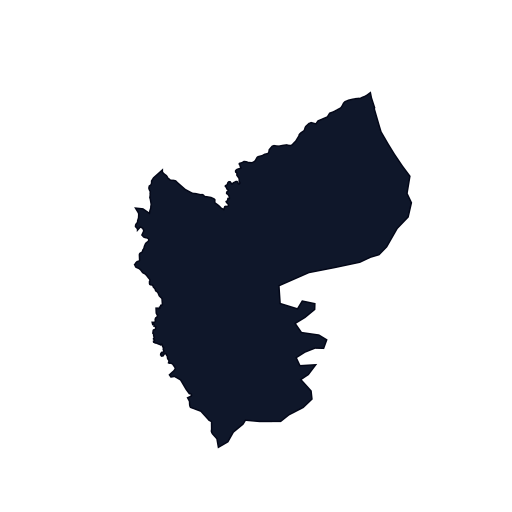 Effia Kwesimintsim Municipal, Western, Ghana (Mercator projection), rotated 20°
{"feature_id": "2480657B49181902253284", "entity_name": "Effia Kwesimintsim Municipal", "entity_type": "district", "adm_level": 2, "iso_a3": "GHA", "parent_name": "Ghana", "parent_adm1": "Western", "projection": "mercator", "projection_center": [-1.811, 4.965], "detail": "fine", "context": "isolated", "style": "filled", "palette": "ink", "viewbox_px": 512, "rotation_deg": 20, "n_neighbors": 0, "source": "geoboundaries", "source_scale": "gbopen_adm2", "svg_char_len": 6132}
<svg xmlns="http://www.w3.org/2000/svg" viewBox="0 0 512 512"><g transform="rotate(20 256 256)"><path d="M132.6,260.4L132.7,263.2L133.0,264.2L133.1,265.1L132.4,267.0L132.3,268.1L132.7,269.6L134.5,270.5L135.1,270.9L135.5,271.4L135.8,272.2L137.4,268.2L140.1,268.7L142.0,270.7L141.6,275.3L142.0,275.4L143.4,276.3L144.2,276.6L145.5,276.6L147.3,276.3L147.8,276.3L148.7,276.5L149.2,276.8L149.6,277.3L149.7,277.6L149.8,278.4L149.7,279.0L149.5,279.5L149.1,280.0L148.1,281.7L148.0,282.1L147.8,285.0L148.0,286.6L148.0,287.8L147.6,289.0L147.7,290.3L147.6,291.4L147.2,291.9L146.2,292.9L145.9,293.7L145.9,294.3L146.1,295.0L148.1,299.8L148.0,300.1L147.9,300.7L146.2,301.9L145.9,302.5L145.4,303.6L145.4,304.4L144.8,305.5L146.7,307.4L147.2,307.6L150.5,307.8L152.4,308.5L154.6,310.0L155.1,310.3L155.7,310.5L157.6,310.7L158.5,311.0L159.9,311.7L162.4,313.3L163.7,314.0L164.2,314.4L164.6,314.9L164.8,315.6L164.6,316.2L164.8,316.9L165.3,318.2L165.9,319.0L166.7,319.1L168.4,318.8L169.0,318.9L169.2,319.1L169.7,319.6L169.9,320.1L172.2,321.3L172.7,321.8L173.1,322.4L173.6,322.9L174.1,323.2L174.4,323.2L175.3,323.4L176.4,324.0L178.7,326.5L180.4,327.3L182.2,328.1L184.7,333.7L184.2,334.7L183.6,334.6L183.4,334.8L183.3,335.1L183.6,335.6L183.6,336.2L182.6,337.4L183.4,338.2L182.3,339.0L181.5,339.0L181.1,338.7L179.9,339.2L181.8,343.8L183.1,345.0L183.8,345.0L183.8,347.3L182.9,348.5L182.9,349.9L183.2,350.1L183.3,350.4L183.2,350.7L183.5,351.3L183.8,351.4L183.9,351.7L183.1,353.4L182.4,353.3L181.1,353.8L182.3,355.6L182.8,354.9L183.3,355.0L183.7,355.5L184.1,356.8L184.6,356.6L186.1,356.9L186.1,357.5L186.2,358.0L186.5,358.6L186.5,359.1L186.5,359.4L185.1,360.4L184.9,360.7L184.9,361.2L185.5,363.9L186.6,364.5L187.2,366.2L187.9,366.7L188.2,367.2L188.3,367.5L187.9,368.5L188.1,369.1L188.5,369.2L189.0,369.3L189.5,369.6L189.6,370.1L188.8,371.1L189.3,372.0L190.2,371.8L191.0,372.3L191.9,371.9L193.5,372.0L194.7,372.0L195.2,372.1L195.8,371.9L196.0,371.9L196.6,372.2L197.1,372.1L197.3,371.6L197.7,371.1L199.0,372.4L199.2,373.0L199.4,373.2L199.7,373.4L200.5,373.5L200.5,374.4L200.9,375.8L202.2,376.9L201.2,378.5L200.3,378.8L199.9,380.3L200.2,381.6L200.7,381.8L201.4,382.4L202.0,381.9L202.6,381.9L202.9,381.5L203.1,380.4L203.1,379.8L203.6,379.3L204.0,378.6L204.8,378.9L205.3,378.9L205.8,379.7L206.1,379.9L206.4,379.9L206.6,380.0L208.1,382.7L208.4,382.9L209.8,383.9L210.0,384.1L210.3,385.0L210.3,386.3L211.2,386.4L212.3,385.9L214.4,385.9L214.6,386.0L215.8,386.9L218.2,388.6L218.4,388.8L218.6,389.4L218.5,390.5L218.1,391.9L217.7,392.8L217.2,393.6L215.3,397.3L217.5,398.8L220.6,397.0L227.5,398.2L236.0,405.2L240.2,408.0L240.5,408.2L241.3,407.8L241.7,407.8L242.4,408.2L242.6,408.3L243.0,408.8L242.9,409.1L243.1,409.2L243.0,409.5L243.1,409.8L240.2,412.6L242.6,414.7L243.4,415.6L243.9,417.0L244.7,418.8L245.7,420.2L246.3,420.6L257.3,420.7L267.0,425.8L267.6,426.2L268.1,426.4L270.3,426.7L270.9,427.0L271.3,427.6L271.3,428.0L273.6,434.1L273.8,435.3L274.0,435.6L274.0,435.9L274.2,436.0L274.3,436.2L274.8,437.0L276.0,438.0L281.8,441.1L286.1,448.6L293.1,440.2L294.9,429.3L298.6,423.0L301.3,418.4L302.2,413.9L315.8,410.3L335.7,403.0L341.2,394.0L352.1,382.2L357.5,371.3L353.9,364.0L340.3,356.8L345.7,349.5L349.3,337.8L334.8,344.1L328.5,337.8L334.8,329.6L343.0,322.3L351.1,319.6L351.1,310.6L342.1,308.8L324.9,312.4L315.8,306.0L323.0,297.0L329.4,286.1L327.6,280.7L314.9,282.5L313.1,291.5L294.9,292.4L287.7,276.1L311.3,253.5L333.9,239.9L355.7,226.3L363.8,218.1L371.1,212.7L375.6,202.7L379.2,181.8L385.6,167.3L383.8,152.8L376.5,145.6L373.3,128.4L362.8,121.5L351.1,113.0L341.9,105.7L331.0,96.6L327.4,91.8L316.6,77.0L316.8,76.2L310.4,68.0L307.6,63.4L305.3,66.9L303.6,68.9L301.7,70.5L300.1,72.2L299.3,72.6L298.2,72.9L297.4,73.4L296.1,73.9L295.4,74.4L293.1,75.7L289.6,78.0L288.8,78.8L286.9,80.5L286.5,81.3L286.0,82.5L285.7,85.1L285.2,87.3L284.8,88.1L279.3,94.2L276.4,96.6L275.5,100.9L268.1,107.8L267.1,111.4L262.2,111.8L261.1,112.9L260.5,113.3L258.5,117.2L258.3,118.2L258.4,121.0L258.2,122.0L256.2,124.7L255.4,126.3L255.1,127.4L255.3,128.4L254.0,134.8L253.4,135.8L252.0,139.1L251.1,140.2L248.9,140.9L246.8,141.1L243.2,143.0L240.1,144.9L237.8,145.6L235.2,146.1L233.7,147.3L232.1,151.5L232.5,153.7L232.5,154.4L232.2,155.6L229.3,157.5L227.6,159.5L224.1,161.9L223.5,162.6L223.3,163.1L222.8,166.3L222.6,166.9L222.0,168.0L220.6,169.5L220.4,169.7L217.3,170.6L216.7,170.9L215.2,170.7L213.5,171.0L212.4,171.3L211.9,171.9L211.2,172.8L210.4,173.5L208.8,174.6L208.7,175.2L209.4,175.9L209.9,176.1L210.7,177.4L211.8,178.4L210.5,179.7L209.9,180.0L208.5,181.2L208.0,182.0L207.8,182.5L207.7,183.1L208.2,184.1L209.4,184.4L209.6,184.6L210.1,185.5L210.3,186.5L210.6,186.8L213.1,188.5L213.6,189.0L213.9,189.4L214.5,191.1L215.1,192.0L215.6,192.4L215.9,192.9L215.9,193.5L215.7,194.0L215.4,194.2L214.4,194.0L214.1,193.4L213.6,192.9L213.0,192.6L212.5,192.5L211.6,192.9L210.3,194.4L209.7,194.8L209.2,196.2L208.7,196.5L208.4,196.5L206.8,195.4L206.3,195.1L205.2,195.4L204.8,196.0L204.5,196.8L204.5,197.7L204.7,198.5L204.4,199.0L203.8,199.8L203.3,200.3L203.2,200.6L203.4,201.1L204.8,201.7L205.3,202.5L205.8,203.0L206.1,203.1L206.6,203.1L207.4,203.3L207.6,203.6L207.6,204.1L206.9,205.2L206.7,206.0L206.8,206.9L207.1,207.4L207.7,207.4L208.8,207.8L210.2,208.9L211.2,210.5L211.3,210.8L211.1,211.3L210.0,211.5L210.0,212.4L210.3,213.0L210.3,213.8L209.3,215.0L209.9,215.7L212.3,216.9L212.5,217.2L212.7,217.5L212.8,218.3L212.6,218.8L212.1,219.2L211.3,219.5L210.5,219.7L210.2,219.9L209.8,220.3L209.8,223.4L209.1,223.2L207.0,223.0L204.6,221.8L202.4,221.0L199.2,220.1L198.6,218.9L198.3,217.8L198.1,217.2L197.1,216.7L193.7,216.4L189.3,217.2L187.5,217.7L186.8,217.4L185.9,216.8L184.7,216.6L182.8,217.4L178.0,218.0L175.1,218.8L173.7,218.7L166.7,217.7L156.9,213.9L154.8,212.9L152.8,213.1L149.7,214.1L148.1,213.4L146.5,213.0L145.9,212.3L144.3,211.1L142.5,210.6L140.8,210.0L139.3,209.1L138.6,207.2L133.0,217.6L132.2,221.2L133.0,223.4L132.9,225.3L131.8,226.7L132.1,228.8L133.0,230.1L134.7,231.7L135.1,233.4L135.7,234.7L136.3,237.5L137.2,238.6L139.9,243.4L140.3,245.6L140.7,246.8L140.8,248.0L140.8,249.6L141.3,252.4L133.6,250.4L126.4,252.2L130.9,255.8L131.6,257.1L132.6,260.4Z" fill="#0f172a" stroke="#020617" stroke-width="1.5"/></g></svg>